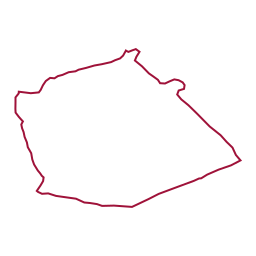 Åsele, Västerbotten, Sweden (Albers equal-area conic projection)
{"feature_id": "70781695B85403631212767", "entity_name": "Åsele", "entity_type": "district", "adm_level": 2, "iso_a3": "SWE", "parent_name": "Sweden", "parent_adm1": "Västerbotten", "projection": "albers", "projection_center": [17.524, 64.215], "detail": "fine", "context": "isolated", "style": "outline", "palette": "rose", "viewbox_px": 256, "rotation_deg": 0, "n_neighbors": 0, "source": "geoboundaries", "source_scale": "gbopen_adm2", "svg_char_len": 1232}
<svg xmlns="http://www.w3.org/2000/svg" viewBox="0 0 256 256"><path d="M36.8,190.9L38.0,191.9L42.0,193.8L48.2,193.4L56.0,195.9L63.8,197.0L76.0,198.7L79.5,200.3L84.3,202.5L89.9,203.0L97.0,204.1L102.1,205.9L113.9,205.6L132.0,206.9L136.7,204.7L140.9,202.7L148.5,199.1L158.7,193.9L172.9,188.6L194.0,180.8L199.0,178.5L201.2,178.3L207.2,174.6L218.7,169.6L230.9,165.4L240.5,160.4L235.9,155.0L232.5,147.6L226.5,141.8L220.7,135.3L209.7,126.5L197.3,113.9L188.5,105.3L181.3,99.4L177.2,94.5L178.7,90.5L184.0,88.9L184.6,85.1L182.7,82.4L178.6,80.2L174.3,79.4L169.7,81.3L165.0,83.5L160.1,83.2L157.9,79.8L153.2,76.4L148.9,73.4L142.0,66.3L134.9,60.5L136.4,56.8L139.5,51.8L135.8,49.1L132.4,50.3L128.4,51.9L126.0,50.7L125.9,50.6L123.1,55.6L120.1,58.4L115.1,60.2L111.1,62.1L101.8,64.2L94.4,65.5L86.1,67.9L78.6,69.7L75.5,71.3L68.7,72.2L62.5,74.9L57.9,76.1L54.5,78.3L50.1,77.9L45.8,81.0L42.9,85.3L40.7,89.9L38.8,92.4L30.8,93.2L18.8,91.7L18.7,93.4L15.5,97.4L15.5,102.0L15.4,108.9L15.6,112.6L18.7,116.7L20.8,119.1L22.9,121.4L21.3,124.5L22.1,128.3L23.6,132.1L24.6,136.9L26.9,142.4L27.8,147.2L31.2,153.2L32.3,159.5L34.1,164.5L37.8,170.5L40.2,173.4L41.8,175.8L43.6,177.4L43.1,181.1L40.5,185.5L36.8,190.9Z" fill="none" stroke="#9f1239" stroke-width="2"/></svg>